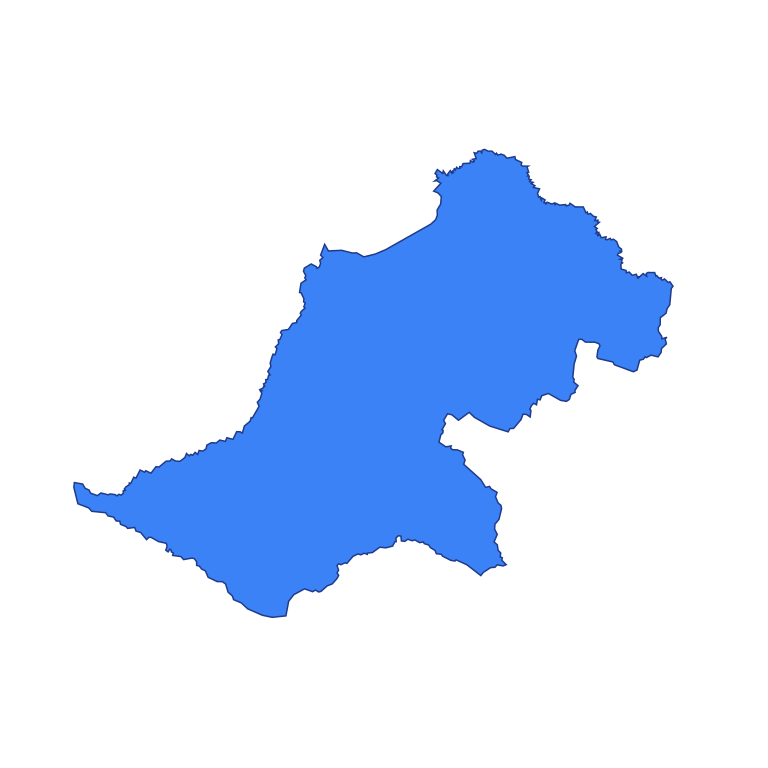 Khao Phanom, Krabi, Thailand (Robinson projection), rotated 295°
{"feature_id": "78962969B52375509392370", "entity_name": "Khao Phanom", "entity_type": "district", "adm_level": 2, "iso_a3": "THA", "parent_name": "Thailand", "parent_adm1": "Krabi", "projection": "robinson", "projection_center": [99.161, 8.285], "detail": "fine", "context": "isolated", "style": "filled", "palette": "blue", "viewbox_px": 768, "rotation_deg": 295, "n_neighbors": 0, "source": "geoboundaries", "source_scale": "gbopen_adm2", "svg_char_len": 6171}
<svg xmlns="http://www.w3.org/2000/svg" viewBox="0 0 768 768"><g transform="rotate(295 384 384)"><path d="M123.0,371.5L125.3,381.3L132.4,393.1L146.8,389.4L155.0,391.3L164.8,398.6L165.6,407.1L168.3,409.0L167.9,412.7L169.5,414.6L177.0,417.8L181.0,421.6L187.9,423.6L191.4,423.8L193.1,421.2L196.0,421.6L199.7,418.1L202.0,419.0L202.0,421.3L205.3,424.1L205.8,426.2L214.6,428.7L218.9,432.1L219.4,435.2L222.3,437.6L222.6,440.9L223.8,440.5L226.4,444.8L234.3,449.1L236.3,454.9L240.7,460.3L245.6,460.5L246.3,461.7L249.4,459.9L252.6,461.2L253.3,463.6L249.1,466.1L250.2,469.4L253.4,471.2L253.8,475.7L255.7,477.9L255.3,483.4L257.5,486.6L256.3,487.9L257.0,492.5L255.3,495.2L254.8,500.5L252.3,503.2L253.9,507.9L252.7,509.8L252.4,519.1L253.6,523.2L255.1,523.6L255.2,535.5L251.3,552.7L255.4,553.7L262.6,558.2L264.8,562.0L267.9,563.0L269.5,568.9L271.9,571.1L274.0,565.4L276.6,564.5L276.4,562.4L280.2,561.2L281.5,557.7L286.1,554.7L287.4,550.5L295.6,550.2L299.2,545.6L303.8,543.8L309.9,545.4L320.8,543.2L323.5,541.2L324.4,537.7L329.0,532.7L333.6,532.3L334.2,525.4L335.8,522.9L333.2,519.8L338.2,512.2L344.9,490.2L349.4,489.6L353.1,485.1L355.6,484.8L355.3,478.2L353.4,473.8L354.1,471.4L356.3,471.1L353.2,466.6L354.5,458.4L361.8,457.0L364.5,458.0L367.0,457.2L367.1,455.8L374.0,456.5L376.3,453.4L383.9,454.2L384.8,458.7L382.6,466.8L394.3,473.2L392.0,480.1L390.6,497.6L393.1,516.7L396.9,517.0L398.5,520.2L409.5,523.2L415.5,522.8L416.6,526.0L415.9,530.4L422.2,528.3L422.6,526.8L426.9,526.8L429.8,527.9L429.6,531.0L435.0,529.5L435.6,532.2L440.0,531.9L444.9,537.0L443.8,551.0L445.4,556.7L448.3,558.5L453.6,557.8L457.2,560.8L458.7,559.7L464.5,560.6L465.9,555.1L468.6,554.4L469.8,552.3L482.4,547.9L490.6,546.7L494.8,542.8L506.7,541.6L508.1,544.2L507.1,548.9L511.0,557.4L511.3,561.8L509.9,563.6L505.2,563.5L498.6,565.5L497.5,567.0L500.7,582.2L498.8,584.7L500.5,604.8L503.5,607.4L513.6,605.7L516.1,608.6L518.9,609.1L518.8,610.6L523.0,613.8L524.4,620.9L529.9,621.8L533.4,620.5L539.7,623.0L543.6,619.8L545.9,620.6L542.4,616.8L544.6,615.5L547.7,610.5L551.0,608.7L554.3,609.3L560.9,606.4L567.3,609.7L572.0,608.7L576.6,609.5L592.0,604.0L594.7,604.6L597.5,599.9L596.1,598.6L597.8,593.8L595.7,592.4L596.2,590.6L597.6,590.5L596.2,588.3L597.5,585.5L596.7,584.9L599.4,582.2L596.6,576.1L595.0,575.0L592.7,576.5L593.6,572.2L589.2,570.3L588.6,568.8L588.2,570.0L587.2,569.3L590.1,566.3L587.4,563.0L589.1,559.0L587.3,556.6L589.2,555.4L588.4,550.4L592.7,548.0L594.6,549.0L594.7,547.8L597.4,547.2L596.9,545.3L598.9,547.0L599.4,541.2L601.3,541.0L603.2,543.1L604.1,541.9L604.6,543.4L606.6,542.2L607.4,538.8L611.4,534.7L612.2,530.8L610.6,529.1L611.6,527.5L608.7,524.9L608.8,523.6L611.2,523.1L608.4,519.0L610.7,516.5L608.8,515.3L609.6,514.2L610.5,515.6L612.2,514.7L610.5,512.4L612.1,512.8L613.6,510.8L615.1,511.5L615.7,508.2L621.6,510.8L621.2,509.0L622.9,508.7L621.2,506.0L625.1,505.8L624.5,502.9L625.8,499.0L624.1,497.2L625.8,495.5L624.5,494.7L628.7,489.8L625.3,482.4L626.4,476.2L624.5,476.2L622.4,473.9L623.4,472.8L620.3,467.5L620.4,463.7L618.8,463.2L620.3,462.2L618.0,460.0L617.7,455.0L615.0,454.5L616.5,454.2L615.9,452.3L618.9,452.2L619.3,448.4L617.1,448.8L619.8,446.2L618.8,445.1L621.7,442.6L626.6,442.5L625.3,436.3L627.5,437.0L627.8,432.8L629.7,433.9L629.0,430.4L631.3,431.0L630.8,428.6L633.7,427.8L633.1,426.2L634.5,426.4L635.9,424.2L637.1,425.6L641.3,421.8L642.3,422.5L640.0,417.3L640.3,415.9L643.0,415.2L643.0,408.3L645.4,406.5L640.6,400.0L642.1,396.3L641.8,392.9L639.6,390.5L640.7,388.4L639.2,388.2L640.7,383.4L639.1,380.2L639.1,375.9L637.4,374.1L634.8,374.9L635.8,372.9L634.8,370.9L632.3,370.5L631.7,368.0L627.3,372.3L625.0,369.2L624.3,371.6L622.7,371.2L623.0,367.9L620.5,368.7L617.2,362.5L613.7,362.6L613.0,360.8L611.8,361.7L610.6,360.2L611.1,358.2L608.2,358.3L609.1,356.3L608.0,357.2L605.6,356.0L605.1,357.6L603.6,356.6L605.4,353.9L601.2,353.0L600.0,354.0L599.4,352.6L602.2,347.7L599.6,348.3L600.9,341.7L596.3,341.3L595.8,343.6L594.0,344.0L593.8,346.4L589.5,344.2L590.6,345.9L590.0,350.7L579.8,347.5L580.0,352.3L578.1,356.7L571.0,359.3L564.2,358.6L559.5,361.0L554.8,361.4L548.7,358.9L506.4,328.7L498.0,321.1L490.7,312.0L491.3,303.8L489.3,299.9L487.3,289.2L481.1,277.4L485.5,271.2L474.0,272.1L472.8,275.2L469.0,273.5L466.4,275.6L462.8,275.9L460.5,274.5L461.7,273.3L462.0,267.3L455.4,262.8L452.1,263.4L449.0,267.5L446.8,267.3L445.5,269.3L440.2,266.2L431.2,268.8L431.6,270.3L427.4,275.4L424.5,276.4L424.1,278.4L420.1,278.7L419.4,280.3L414.7,278.3L412.7,278.2L411.6,279.9L404.7,278.1L402.7,278.9L400.2,275.4L393.0,274.3L389.3,268.8L387.0,268.4L385.6,270.7L380.4,270.8L379.2,269.5L376.0,271.5L371.7,269.9L370.9,272.0L365.6,272.8L364.3,272.9L364.3,270.9L362.1,270.9L354.9,272.0L352.1,274.1L346.2,273.4L344.1,276.9L343.2,275.7L339.0,276.6L338.0,275.0L335.5,276.4L333.2,274.8L331.1,277.3L331.4,276.0L329.0,276.0L326.6,273.9L326.3,276.1L325.5,274.8L324.0,277.2L317.9,278.1L313.9,276.9L311.0,280.2L297.7,279.1L297.4,277.8L293.7,278.4L286.9,275.2L279.7,276.4L279.9,273.6L278.5,270.6L270.0,270.5L268.9,264.3L265.0,264.5L263.8,258.9L259.7,257.0L257.8,252.3L253.7,249.3L250.1,250.1L246.7,248.3L245.6,244.5L241.4,244.9L242.2,241.7L238.5,240.7L238.6,238.6L236.5,237.8L237.6,234.4L233.2,234.6L227.7,231.8L226.1,227.7L226.4,223.2L223.7,222.6L222.0,219.1L213.7,215.2L212.7,212.3L204.7,210.5L204.7,204.7L202.9,204.3L203.0,199.3L193.9,199.0L193.8,196.6L186.7,196.5L186.7,195.0L184.8,195.6L182.0,193.7L179.1,193.0L178.3,194.5L176.9,192.8L174.9,193.9L172.2,192.8L172.0,190.4L169.7,189.1L170.1,187.0L168.6,182.2L167.1,181.1L165.6,173.5L161.7,171.4L161.1,164.1L163.2,161.6L163.2,157.2L166.0,153.1L163.8,145.0L159.2,146.6L146.1,157.2L146.9,168.7L145.1,172.9L149.7,186.1L147.8,189.7L149.1,195.1L146.7,199.2L148.0,202.5L145.5,204.5L145.8,210.5L144.8,212.7L148.6,218.6L145.9,221.4L146.6,226.2L142.6,234.6L145.5,235.6L146.6,237.6L145.9,246.3L147.6,254.0L145.4,256.0L141.1,256.5L140.6,259.3L143.7,259.7L143.6,261.2L142.0,262.1L141.8,264.4L139.3,264.9L141.8,272.9L140.2,276.6L145.2,283.7L145.5,286.0L143.7,289.3L140.4,290.9L140.9,293.6L139.2,296.9L139.2,301.0L134.5,306.3L134.4,316.2L136.5,321.0L135.8,325.0L129.4,330.7L127.8,336.2L125.0,338.8L125.3,347.2L122.6,355.6L123.0,371.5Z" fill="#3b82f6" stroke="#1e3a8a" stroke-width="1.5"/></g></svg>